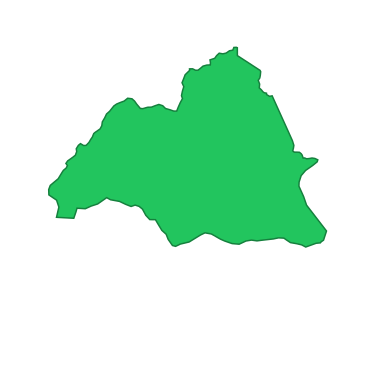 Selama, Perak, Malaysia, rotated 235°
{"feature_id": "92858781B87749635219289", "entity_name": "Selama", "entity_type": "district", "adm_level": 2, "iso_a3": "MYS", "parent_name": "Malaysia", "parent_adm1": "Perak", "projection": "albers", "projection_center": [100.834, 5.252], "detail": "fine", "context": "isolated", "style": "filled", "palette": "green", "viewbox_px": 384, "rotation_deg": 235, "n_neighbors": 0, "source": "geoboundaries", "source_scale": "gbopen_adm2", "svg_char_len": 2257}
<svg xmlns="http://www.w3.org/2000/svg" viewBox="0 0 384 384"><g transform="rotate(235 192 192)"><path d="M249.0,66.5L248.1,67.6L238.3,80.1L242.1,85.3L244.7,88.5L239.5,95.0L238.3,101.4L236.3,107.9L236.3,118.9L232.4,120.8L225.9,127.2L220.1,130.5L215.1,133.8L213.9,137.9L210.6,140.4L206.4,141.6L199.4,140.8L193.6,141.6L190.3,146.2L185.4,145.8L177.9,145.3L172.2,146.6L166.8,145.3L159.4,145.3L156.9,147.4L156.2,151.4L156.1,152.4L154.0,157.7L152.7,161.0L152.3,167.7L151.9,174.3L151.1,179.2L146.5,183.8L137.0,188.3L132.9,190.8L126.7,195.3L122.2,200.7L120.9,208.1L118.5,213.1L114.7,217.2L112.3,221.8L106.9,231.7L104.8,236.6L101.5,240.8L98.2,242.0L94.1,243.6L89.5,248.2L85.8,251.5L81.7,253.6L78.8,264.3L76.7,268.0L77.1,269.2L77.1,272.1L82.9,279.8L115.5,278.3L124.2,280.8L135.4,282.9L138.7,285.4L142.8,290.8L144.5,297.4L144.5,306.1L144.9,311.8L145.1,312.1L146.2,313.5L149.0,311.9L151.0,309.8L152.3,307.0L153.5,304.9L155.3,303.8L156.0,302.5L159.1,303.4L160.7,303.4L162.9,302.8L164.3,301.0L166.0,298.6L168.0,298.1L169.6,300.1L171.8,302.2L176.5,303.7L224.8,312.8L225.9,310.4L229.0,309.0L230.2,309.7L231.9,308.1L233.3,307.6L236.0,307.4L238.7,306.8L241.6,309.3L245.5,310.3L246.5,312.9L248.3,314.8L251.2,317.3L252.6,317.5L277.7,307.4L284.2,311.9L285.1,311.3L286.4,309.2L284.8,306.8L286.2,303.7L286.2,299.7L287.5,296.5L290.1,293.9L289.6,290.4L288.5,287.3L289.9,282.5L287.5,281.4L285.6,279.9L287.5,276.9L288.8,273.2L288.5,270.1L288.3,266.9L289.6,264.8L292.5,263.2L294.3,260.6L293.0,259.8L292.0,253.7L289.1,249.4L287.2,246.5L283.0,245.7L280.1,242.0L276.9,238.6L274.0,237.8L271.9,233.6L269.5,229.6L267.1,225.9L268.7,223.5L271.9,221.2L275.6,218.2L279.5,217.5L282.7,215.1L283.8,211.4L284.8,207.4L286.9,204.2L288.5,199.5L290.1,197.6L295.7,197.1L299.4,197.1L302.8,196.3L305.7,193.1L305.4,188.6L306.5,184.4L307.3,180.7L307.3,177.3L305.4,170.9L304.9,166.7L302.8,163.0L300.9,158.8L298.0,156.1L296.4,152.9L296.4,146.6L296.2,145.0L294.1,141.8L293.3,139.5L291.7,136.0L290.9,132.1L292.2,129.9L295.6,128.4L295.4,125.7L293.8,122.0L291.2,120.7L289.0,117.5L288.8,112.5L288.8,108.0L287.7,105.1L285.1,105.1L283.8,102.7L283.5,99.0L282.2,95.9L279.6,90.0L279.1,84.2L278.7,79.7L276.2,76.0L271.7,73.1L263.0,76.4L256.0,74.3L249.0,66.5Z" fill="#22c55e" stroke="#15803d" stroke-width="1.5"/></g></svg>